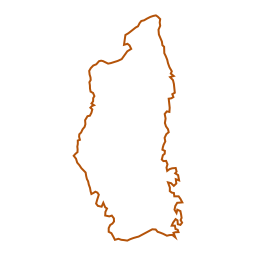 Colorado, Rio Grande do Sul, Brazil
{"feature_id": "56859067B9024420085811", "entity_name": "Colorado", "entity_type": "district", "adm_level": 2, "iso_a3": "BRA", "parent_name": "Brazil", "parent_adm1": "Rio Grande do Sul", "projection": "equal_earth", "projection_center": [-52.985, -28.462], "detail": "fine", "context": "isolated", "style": "outline", "palette": "amber", "viewbox_px": 256, "rotation_deg": 0, "n_neighbors": 0, "source": "geoboundaries", "source_scale": "gbopen_adm2", "svg_char_len": 2513}
<svg xmlns="http://www.w3.org/2000/svg" viewBox="0 0 256 256"><path d="M124.0,44.8L127.5,43.8L129.5,45.4L131.2,48.9L127.3,51.3L121.7,59.1L117.8,60.9L110.8,63.1L108.1,63.6L103.0,61.1L101.1,60.7L99.0,61.2L96.3,64.3L93.3,65.5L90.8,68.1L89.2,70.9L89.6,74.5L90.5,77.4L90.7,80.0L89.4,82.2L89.9,85.3L90.0,88.6L90.6,91.6L93.1,93.0L94.4,96.1L93.2,98.1L93.1,101.3L91.5,103.5L94.0,105.2L92.0,106.0L90.4,107.7L92.3,109.4L91.4,112.8L89.9,115.7L87.5,116.2L85.1,120.2L85.4,124.2L84.6,126.9L82.6,129.3L81.1,132.5L79.3,134.3L79.1,136.8L79.9,139.8L77.8,140.5L77.8,144.0L77.3,146.6L77.6,149.2L77.5,152.1L75.5,153.8L73.7,155.8L76.0,158.7L77.2,162.6L79.4,165.2L81.4,168.2L85.6,172.5L86.2,176.1L86.9,179.0L88.1,181.3L88.8,184.6L90.0,187.9L90.6,191.3L91.4,194.0L93.5,192.9L95.4,191.7L97.4,192.6L98.8,194.7L97.1,200.0L96.1,203.6L97.9,205.9L101.6,206.7L103.3,202.8L105.2,207.3L107.0,208.5L105.4,211.9L105.2,215.5L109.3,216.4L111.8,215.6L113.9,218.4L114.0,221.5L112.4,223.6L110.2,225.0L108.7,228.1L108.7,231.8L111.4,233.2L113.3,236.6L114.9,239.8L118.4,238.8L121.3,239.8L124.0,240.1L127.3,240.6L130.2,239.2L133.5,238.0L136.6,237.1L138.6,236.6L152.3,229.3L155.7,229.5L157.6,231.8L160.1,232.6L163.1,233.8L166.9,235.7L169.5,235.1L172.3,234.9L175.3,237.3L173.5,232.8L175.6,232.2L178.5,232.1L177.7,229.8L175.5,229.0L174.9,225.7L171.7,225.7L173.1,222.6L175.6,219.1L177.5,220.4L177.8,224.2L180.4,224.9L182.1,222.7L180.6,220.0L181.6,217.9L181.1,214.6L180.4,211.1L177.3,209.7L176.5,213.0L174.5,209.7L175.3,206.0L177.2,202.8L180.1,202.6L182.3,202.4L180.4,198.8L178.6,196.3L174.3,196.3L173.9,193.0L171.7,192.6L169.8,191.1L169.9,187.6L168.0,182.4L171.1,183.2L173.8,185.9L176.3,183.5L175.8,179.2L179.1,180.4L178.1,175.1L175.2,173.3L176.6,171.6L175.7,168.0L172.2,168.3L169.6,169.1L167.2,170.9L166.5,167.6L167.5,164.3L166.1,160.9L163.4,161.1L161.8,159.5L162.9,155.2L164.7,153.7L164.9,150.9L162.4,149.7L162.9,147.1L163.6,144.8L165.3,141.4L164.6,137.9L166.3,134.2L168.7,132.2L168.0,129.2L166.0,126.4L164.9,123.0L165.6,118.5L164.7,114.0L166.8,111.4L169.4,111.9L169.7,107.8L169.2,103.2L168.7,98.7L171.3,98.3L173.4,97.1L172.3,94.2L174.8,92.7L173.9,84.0L173.0,80.2L170.1,77.1L173.7,76.0L170.8,73.6L171.8,71.3L169.5,67.3L168.0,63.2L167.2,59.7L165.7,56.0L164.3,53.2L164.1,46.8L162.4,45.2L161.9,41.6L158.9,34.5L158.5,29.7L160.2,25.8L159.7,22.5L160.2,19.1L157.8,16.7L155.9,15.4L153.4,15.9L150.4,16.9L147.0,18.6L144.1,20.3L141.3,21.0L139.6,23.1L138.0,26.3L135.7,27.5L129.9,32.1L128.3,33.3L125.4,35.0L124.0,44.8Z" fill="none" stroke="#b45309" stroke-width="2"/></svg>